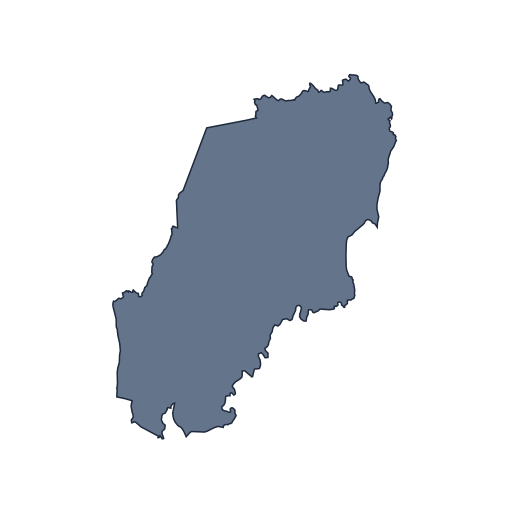 the district of Matuga, Coast, Kenya, rotated 157°
{"feature_id": "3690345B44835557589557", "entity_name": "Matuga", "entity_type": "district", "adm_level": 2, "iso_a3": "KEN", "parent_name": "Kenya", "parent_adm1": "Coast", "projection": "natural_earth1", "projection_center": [39.399, -4.239], "detail": "fine", "context": "isolated", "style": "filled", "palette": "slate", "viewbox_px": 512, "rotation_deg": 157, "n_neighbors": 0, "source": "geoboundaries", "source_scale": "gbopen_adm2", "svg_char_len": 6096}
<svg xmlns="http://www.w3.org/2000/svg" viewBox="0 0 512 512"><g transform="rotate(157 256 256)"><path d="M75.2,332.5L74.6,334.3L74.8,337.1L74.5,338.3L72.8,340.9L73.5,343.7L74.7,345.8L77.7,346.5L78.3,347.0L79.8,349.9L80.3,352.2L81.0,352.6L82.1,351.8L83.1,349.8L84.6,349.6L86.0,349.7L85.1,353.7L85.3,356.7L86.5,363.1L86.4,366.3L85.7,368.3L85.9,369.4L88.7,374.0L91.7,374.3L92.1,375.1L92.7,378.3L92.7,380.1L92.0,381.0L92.5,382.7L95.9,384.8L97.0,385.0L98.0,386.0L99.0,386.3L100.2,385.5L100.4,384.7L99.6,382.9L100.1,382.0L100.9,381.5L102.7,380.9L104.1,383.7L107.0,384.1L107.8,383.9L108.2,382.0L109.0,379.8L110.0,379.6L112.9,381.1L113.7,380.7L115.8,377.3L117.2,377.0L118.4,377.7L120.6,380.6L121.9,381.4L123.4,378.6L124.1,378.5L126.7,379.6L129.0,379.9L129.7,380.3L130.9,382.7L131.6,383.0L132.2,382.5L133.9,382.1L134.4,382.6L134.4,384.7L135.9,387.0L136.5,389.7L137.9,393.0L138.3,393.7L138.9,394.0L139.5,393.3L139.7,392.3L139.7,390.5L141.8,389.0L143.7,387.1L147.0,389.5L147.9,389.7L148.9,389.4L150.7,387.9L154.0,386.4L156.3,386.5L157.8,385.9L159.6,384.4L160.3,385.1L163.6,385.7L165.3,386.5L168.1,387.1L171.3,390.8L173.0,390.8L174.7,390.2L175.8,391.5L178.7,397.6L181.3,396.3L182.0,396.6L182.7,396.9L183.6,398.0L185.1,400.5L186.9,400.8L187.8,400.5L190.1,398.8L190.9,398.7L192.4,399.1L192.8,400.0L194.6,400.7L196.6,401.0L196.2,399.5L197.3,398.0L197.4,396.3L197.4,395.5L196.6,394.9L196.4,394.3L197.0,390.3L197.4,389.3L198.4,389.1L199.1,389.3L199.8,388.7L201.1,385.8L202.0,385.0L201.6,382.9L212.1,384.8L251.3,393.2L297.5,344.8L302.2,343.5L303.6,342.3L304.6,340.0L307.2,338.6L307.6,338.1L317.1,312.6L318.4,313.5L320.1,315.5L321.2,315.9L321.5,314.8L323.4,314.0L323.3,313.2L324.8,308.9L327.2,306.7L327.9,305.4L329.2,304.3L330.0,303.1L330.6,302.8L332.2,301.0L333.5,300.4L334.7,298.9L335.6,298.6L336.2,297.8L337.7,297.9L339.9,296.1L343.4,294.4L347.2,294.0L350.1,294.7L352.6,293.1L354.1,291.3L354.3,290.7L353.7,289.3L354.3,288.0L355.1,287.7L356.3,286.0L358.4,281.5L358.2,280.4L361.5,277.9L362.7,277.4L366.5,273.4L368.1,271.3L370.7,270.5L373.0,267.6L375.4,266.3L375.8,265.8L376.3,264.0L378.0,263.7L379.5,264.2L379.8,264.9L379.1,266.4L379.0,267.6L380.7,268.9L382.3,272.7L382.9,272.2L383.7,270.8L385.1,271.5L386.5,273.4L387.2,273.7L387.6,272.9L388.6,274.5L389.2,274.7L389.7,274.3L390.4,274.1L393.4,274.1L394.0,270.3L394.6,269.7L397.2,269.4L398.0,270.3L399.0,270.7L402.4,269.6L404.0,269.4L404.8,270.1L405.8,268.9L406.7,267.4L407.5,264.6L409.3,252.8L412.3,245.4L412.5,242.0L413.2,240.4L413.6,238.3L414.0,237.7L415.7,228.6L417.9,221.8L420.4,217.9L423.3,211.6L427.0,206.9L429.3,203.0L433.2,193.1L435.2,189.5L435.9,188.7L435.8,188.0L436.4,186.5L439.2,180.7L432.1,175.7L426.6,171.2L429.6,166.8L431.0,160.9L431.2,158.2L431.8,156.0L433.1,154.8L434.5,154.1L435.1,153.3L435.5,150.9L433.0,150.8L431.8,150.2L428.6,143.6L416.2,128.2L417.2,127.1L416.5,126.8L415.7,127.0L414.6,128.1L413.8,124.4L413.1,124.0L412.2,124.2L411.9,129.2L411.6,130.2L410.5,131.4L409.6,131.9L408.0,132.2L407.4,132.7L405.7,135.8L407.0,138.3L407.2,141.9L406.2,143.8L404.8,145.9L403.9,146.9L400.9,146.9L397.7,149.4L397.2,150.5L396.4,150.9L393.8,149.2L393.1,150.8L391.5,151.9L390.2,152.5L388.4,152.3L394.1,143.9L395.2,139.9L395.5,137.3L395.2,134.1L394.4,131.3L393.7,129.6L392.0,127.6L391.3,125.2L390.9,121.7L390.9,116.9L385.7,119.4L383.9,119.6L372.0,114.0L369.6,113.8L361.8,114.3L357.6,114.0L353.1,111.0L352.0,112.6L351.4,112.8L349.2,112.6L347.7,111.6L346.2,112.1L344.7,111.6L343.2,112.0L341.8,113.3L339.7,114.5L336.7,116.8L336.6,117.7L336.9,118.6L336.7,119.7L335.7,122.1L335.7,123.0L336.8,125.2L337.4,125.7L339.1,125.7L339.7,124.9L340.2,122.7L341.2,122.4L342.5,123.2L343.7,124.7L345.2,125.4L347.0,127.7L346.8,129.6L346.4,130.2L345.8,130.8L344.2,131.1L342.0,132.9L340.5,135.1L339.2,137.9L338.5,138.6L337.6,138.7L337.0,138.3L335.7,138.2L334.6,137.5L333.7,139.2L333.2,139.8L332.5,140.0L331.5,138.8L330.8,136.7L329.9,136.7L329.0,137.1L328.5,137.9L327.9,141.9L328.9,145.0L328.5,145.6L326.9,146.9L323.9,148.2L319.0,149.0L316.8,149.7L316.2,150.2L314.9,152.4L313.7,155.5L311.3,154.8L307.0,146.3L306.2,146.4L302.2,151.9L301.6,152.2L300.7,152.4L298.5,151.4L296.7,151.2L294.9,153.1L293.7,155.6L292.8,159.1L293.1,162.3L291.9,165.0L289.0,165.0L288.0,162.7L287.4,158.8L284.7,157.9L282.9,161.8L284.4,165.7L283.8,167.5L281.1,168.2L279.1,169.7L277.6,172.1L274.9,174.5L274.0,177.6L270.8,179.9L268.4,183.4L265.4,185.3L263.3,183.0L260.7,183.7L256.2,187.2L252.0,186.1L250.2,183.4L247.7,183.4L245.3,186.4L240.8,190.5L239.4,193.1L237.3,194.2L235.2,193.5L234.3,190.7L236.5,187.6L238.1,185.8L239.6,183.1L239.2,180.3L237.5,177.6L235.4,176.5L233.1,180.0L230.9,181.9L228.8,185.9L228.2,185.9L225.8,184.6L225.7,182.1L225.2,181.3L224.2,181.1L220.2,181.2L218.0,182.1L217.1,181.9L216.4,181.4L209.5,177.9L205.6,176.8L204.7,176.9L204.1,177.4L204.1,178.5L203.6,178.9L202.7,178.9L201.9,178.3L200.3,178.5L199.6,179.0L199.1,181.0L197.9,181.3L196.9,180.9L196.1,180.2L195.9,179.0L196.4,177.4L195.4,176.0L195.4,175.1L195.1,174.5L194.5,174.1L193.5,175.7L190.8,176.4L190.2,177.0L189.2,179.5L187.0,179.1L186.4,178.5L185.7,178.4L184.7,178.7L182.4,178.8L180.4,181.2L179.8,183.8L178.9,185.0L178.1,187.3L177.4,190.4L177.0,192.2L177.1,194.3L175.9,195.9L176.4,197.2L176.0,198.7L176.3,199.6L178.2,200.9L178.1,207.2L177.2,210.9L172.7,222.0L168.6,231.0L166.6,234.8L164.4,237.2L163.6,237.6L159.4,237.9L155.6,240.0L145.5,243.0L143.3,244.0L141.6,245.6L139.4,246.0L138.5,245.8L136.5,243.6L136.1,242.9L136.0,241.2L133.8,238.8L133.2,235.1L131.2,239.1L127.7,244.1L126.4,251.7L124.5,256.2L121.1,261.4L116.5,267.3L114.4,272.3L112.9,274.9L112.3,275.6L109.3,277.7L108.4,279.1L107.1,279.6L105.4,281.4L102.4,283.7L99.8,286.7L99.2,288.3L98.6,288.6L98.0,289.6L97.5,290.6L97.1,292.3L95.5,294.8L94.5,295.8L94.3,296.5L93.4,296.9L91.2,299.8L86.8,302.6L83.8,305.6L83.4,306.5L82.1,307.0L81.6,307.6L81.8,309.6L80.5,311.4L81.0,313.5L81.8,313.9L82.1,314.8L81.4,315.7L81.9,316.7L83.9,318.5L83.8,320.5L83.2,321.8L82.7,322.2L81.9,322.4L81.5,323.2L81.0,324.6L81.2,326.1L79.8,328.3L81.0,329.8L80.8,330.6L80.1,330.4L78.9,331.2L78.2,331.3L77.7,329.2L77.2,329.6L76.5,331.2L75.2,332.5Z" fill="#64748b" stroke="#1e293b" stroke-width="1.5"/></g></svg>